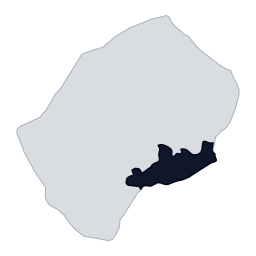 Lesotho, with Qacha's Nek highlighted
{"feature_id": "LSO-1214", "entity_name": "Qacha's Nek", "entity_type": "District", "adm_level": 1, "iso_a3": "LSO", "parent_name": "Lesotho", "parent_adm1": "", "projection": "mercator", "projection_center": [28.653, -29.956], "detail": "fine", "context": "in_parent", "style": "filled", "palette": "ink", "viewbox_px": 256, "rotation_deg": 0, "n_neighbors": 0, "source": "natural_earth", "source_scale": "10m", "svg_char_len": 2630}
<svg xmlns="http://www.w3.org/2000/svg" viewBox="0 0 256 256"><path d="M177.0,181.1L168.5,183.8L167.3,184.1L161.8,183.4L154.5,184.1L148.7,185.6L144.2,186.1L137.0,193.9L123.7,215.0L120.2,219.4L119.2,227.7L116.1,234.3L112.4,239.4L108.7,240.6L97.6,238.6L83.5,236.0L75.3,229.6L68.0,221.2L64.1,215.1L60.1,211.8L58.7,209.9L52.9,207.1L50.8,205.7L48.9,204.6L46.5,200.6L45.2,197.1L45.7,187.3L41.6,181.5L34.7,171.6L30.3,163.5L24.3,152.4L20.7,142.9L16.8,133.1L17.3,128.9L21.0,126.0L31.6,121.1L39.9,117.3L45.8,110.3L52.3,99.9L55.5,93.7L58.6,90.8L62.0,86.4L68.0,76.6L74.7,65.8L81.8,54.2L90.9,50.8L103.2,47.0L115.0,36.8L129.1,28.3L151.8,19.0L162.4,16.7L166.4,15.4L169.0,17.1L171.7,22.4L175.6,26.8L184.5,34.5L188.4,36.4L197.6,47.8L207.5,55.7L218.9,64.7L226.7,69.2L230.7,70.5L233.9,78.5L237.3,84.5L239.2,90.1L238.8,95.5L235.2,108.9L229.9,122.5L225.7,128.2L220.6,131.8L215.5,137.2L213.6,148.1L211.3,161.0L204.8,166.4L199.7,169.9L192.6,174.1L177.0,181.1Z" fill="#d9dde1" stroke="#a8b0b8" stroke-width="1"/><path d="M203.5,167.6L199.8,169.9L188.7,177.2L182.6,179.7L176.3,181.1L167.8,184.4L164.6,184.3L159.9,182.5L158.3,182.4L156.8,182.7L152.7,185.2L150.3,186.1L145.7,185.4L143.5,185.8L141.6,187.4L140.8,189.0L140.7,188.9L139.1,186.6L138.6,186.3L138.1,186.1L137.5,186.2L136.8,186.2L128.5,185.2L127.5,184.7L126.8,184.0L126.4,183.3L126.3,182.6L126.3,181.8L126.4,180.8L126.9,179.0L127.3,178.1L128.1,177.4L131.0,175.8L132.8,175.7L133.2,175.3L133.5,174.4L132.9,172.6L132.1,170.1L132.6,169.7L135.5,168.3L139.0,169.0L140.0,170.0L141.6,172.8L141.9,173.2L142.2,173.1L142.6,172.9L145.9,170.7L148.0,169.0L148.5,168.6L149.0,168.4L149.5,168.2L150.1,167.7L150.9,167.0L152.0,165.2L153.0,164.3L154.0,163.6L157.3,162.3L158.4,161.7L159.1,161.0L159.5,159.8L159.5,158.4L158.9,155.1L159.1,153.0L159.7,150.3L159.7,148.0L158.3,145.4L159.9,144.8L160.8,144.7L162.1,144.8L164.0,145.2L166.7,146.3L168.5,147.3L170.2,148.6L170.9,149.3L171.4,150.0L171.7,150.9L171.8,151.8L171.6,153.9L171.6,154.8L171.9,155.5L172.3,156.1L172.8,156.5L173.3,156.7L174.5,156.1L175.2,155.4L175.8,154.6L176.4,153.9L177.4,153.5L178.3,153.6L179.1,153.9L180.1,154.0L181.0,153.5L181.8,152.1L181.5,150.7L180.9,149.4L181.0,149.3L181.9,149.1L183.9,149.1L185.3,149.4L186.6,149.9L191.7,154.2L193.1,154.8L194.6,154.9L196.6,154.7L198.1,154.2L199.5,153.5L201.0,151.8L201.6,150.6L202.0,149.4L202.8,142.7L203.3,141.8L204.2,141.3L206.2,141.8L209.4,143.0L211.3,143.2L212.8,142.8L212.7,145.3L212.1,148.2L212.1,150.8L213.5,152.8L214.7,153.7L214.9,154.5L214.9,155.4L215.1,157.0L216.1,159.1L216.3,160.2L215.7,161.1L214.6,161.7L212.1,162.4L211.0,162.9L203.5,167.6Z" fill="#0f172a" stroke="#020617" stroke-width="1.5"/></svg>